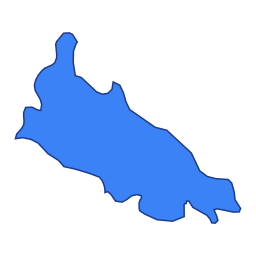 the border of Lodi
{"feature_id": "ITA-5448", "entity_name": "Lodi", "entity_type": "Province", "adm_level": 1, "iso_a3": "ITA", "parent_name": "Italy", "parent_adm1": "", "projection": "robinson", "projection_center": [9.573, 45.269], "detail": "fine", "context": "isolated", "style": "filled", "palette": "blue", "viewbox_px": 256, "rotation_deg": 0, "n_neighbors": 0, "source": "natural_earth", "source_scale": "10m", "svg_char_len": 1292}
<svg xmlns="http://www.w3.org/2000/svg" viewBox="0 0 256 256"><path d="M77.3,42.0L75.9,44.2L73.5,51.0L73.2,62.4L75.3,75.6L81.4,77.6L96.5,91.8L102.3,94.2L107.9,93.3L112.0,89.2L113.2,81.9L119.8,85.2L123.4,92.8L126.0,101.9L129.7,109.6L155.1,127.3L166.7,130.2L191.4,153.1L199.7,170.8L207.3,176.5L215.9,178.7L228.2,179.5L231.7,183.1L234.2,191.9L235.0,199.6L240.6,208.5L239.2,211.9L233.4,212.1L217.3,208.8L214.0,209.8L216.6,215.8L217.9,220.5L215.4,223.1L211.8,222.9L210.0,219.1L207.0,215.3L192.9,207.4L188.8,201.1L186.5,201.1L186.3,203.3L185.9,203.7L185.2,203.6L184.1,204.3L184.2,216.6L172.7,221.2L157.0,219.7L144.6,214.0L139.9,210.9L139.2,208.7L139.1,202.7L140.1,200.0L141.6,197.6L141.2,195.7L136.7,194.6L131.3,196.0L126.9,199.5L122.1,202.1L115.5,201.1L110.9,194.3L107.6,191.6L105.0,192.6L104.8,188.2L103.7,184.1L102.0,180.4L99.5,177.2L90.1,173.6L80.4,170.6L74.5,168.9L63.9,166.6L58.8,160.6L48.1,153.8L38.0,143.0L30.7,139.3L22.6,137.7L15.4,138.7L16.7,134.1L21.6,128.5L23.7,124.8L24.1,121.0L23.7,116.9L23.7,112.4L25.7,107.4L32.1,107.2L37.3,109.8L40.7,110.5L41.7,104.5L40.3,99.5L35.2,90.5L34.4,85.2L35.6,80.3L38.2,75.3L41.6,71.0L44.9,68.1L52.0,65.0L54.8,62.7L56.6,58.0L56.7,54.6L55.7,44.2L56.8,41.4L63.6,33.2L69.4,32.9L72.5,34.4L77.3,42.0Z" fill="#3b82f6" stroke="#1e3a8a" stroke-width="1.5"/></svg>